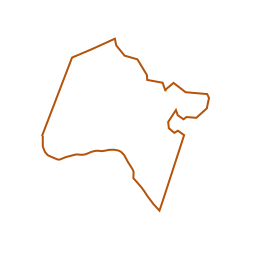 Cabell, West Virginia, United States of America, rotated 250°
{"feature_id": "52423323B7608652803448", "entity_name": "Cabell", "entity_type": "district", "adm_level": 2, "iso_a3": "USA", "parent_name": "United States of America", "parent_adm1": "West Virginia", "projection": "robinson", "projection_center": [-82.288, 38.414], "detail": "fine", "context": "isolated", "style": "outline", "palette": "amber", "viewbox_px": 256, "rotation_deg": 250, "n_neighbors": 0, "source": "geoboundaries", "source_scale": "gbopen_adm2", "svg_char_len": 935}
<svg xmlns="http://www.w3.org/2000/svg" viewBox="0 0 256 256"><g transform="rotate(250 128 128)"><path d="M216.4,146.2L214.5,121.9L213.3,99.5L150.4,44.9L149.2,45.0L140.0,41.7L137.6,41.6L133.9,41.8L130.3,43.1L129.2,43.9L124.3,49.1L122.7,50.8L121.8,52.5L121.7,53.7L121.9,59.5L121.0,69.7L120.2,72.1L119.2,73.9L118.2,76.8L117.8,79.4L118.1,85.6L117.7,89.4L116.9,92.0L115.2,95.5L114.5,98.8L114.0,102.5L112.4,107.3L110.1,111.3L107.7,113.5L103.7,115.2L96.2,116.3L87.9,118.1L84.9,118.3L79.1,115.9L67.7,120.3L67.1,120.5L62.9,121.7L58.0,122.8L47.7,125.9L39.6,129.3L46.2,134.6L60.0,145.4L102.1,178.3L102.9,177.7L108.4,174.0L107.6,169.9L113.8,166.3L119.9,167.8L128.5,179.2L123.0,179.1L117.2,183.2L118.3,186.7L114.2,195.7L119.5,208.8L128.6,214.4L132.8,214.0L141.9,194.4L154.8,186.2L151.3,176.6L149.8,175.9L158.7,176.0L166.6,162.5L171.3,163.9L189.3,160.3L197.2,149.5L209.6,145.2L216.4,146.2Z" fill="none" stroke="#b45309" stroke-width="2"/></g></svg>